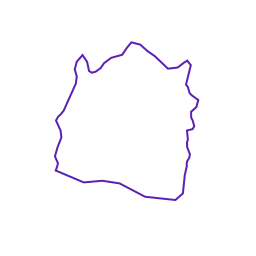 Kirsehir, Robinson projection, rotated 245°
{"feature_id": "TUR-2286", "entity_name": "Kirsehir", "entity_type": "Province", "adm_level": 1, "iso_a3": "TUR", "parent_name": "Turkey", "parent_adm1": "", "projection": "robinson", "projection_center": [34.21, 39.339], "detail": "fine", "context": "isolated", "style": "outline", "palette": "violet", "viewbox_px": 256, "rotation_deg": 245, "n_neighbors": 0, "source": "natural_earth", "source_scale": "10m", "svg_char_len": 878}
<svg xmlns="http://www.w3.org/2000/svg" viewBox="0 0 256 256"><g transform="rotate(245 128 128)"><path d="M99.7,186.1L100.8,180.4L92.0,177.3L90.1,175.4L85.5,173.5L78.0,173.0L75.2,171.0L72.9,167.6L70.9,166.1L68.6,165.2L61.4,159.6L45.5,150.1L42.7,140.5L58.5,114.4L81.4,96.9L91.0,82.5L97.4,64.9L120.0,44.5L122.7,47.2L125.6,49.6L133.2,49.8L140.5,56.2L147.7,63.7L154.1,65.8L165.2,65.9L167.8,69.5L169.1,73.5L170.9,77.0L190.3,99.5L196.5,103.4L203.6,104.5L209.7,109.5L213.3,117.6L205.3,118.9L196.2,116.8L193.4,118.6L192.7,122.5L193.9,128.6L196.9,133.7L198.7,142.5L196.8,153.7L201.0,160.6L204.2,167.3L198.3,174.4L189.6,178.1L181.9,182.6L164.9,189.3L161.8,198.6L163.5,206.1L164.0,210.1L158.4,211.5L142.8,198.9L139.8,199.6L133.6,198.6L130.7,199.6L123.6,203.5L118.1,198.8L116.0,192.0L110.5,189.6L107.5,189.8L101.6,188.8L99.7,186.1Z" fill="none" stroke="#5b21b6" stroke-width="2"/></g></svg>